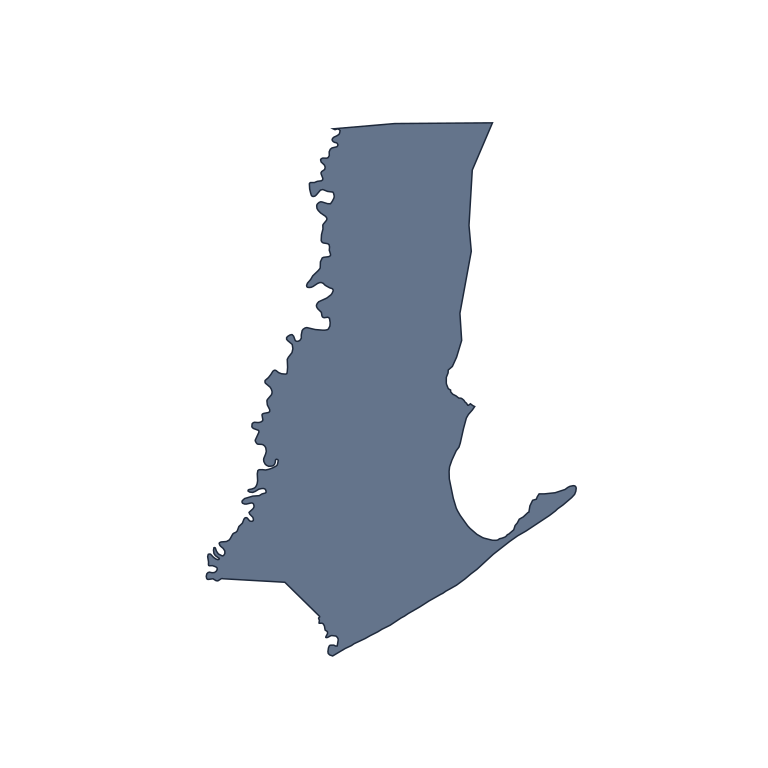 outline of Trujillo, Colón, Honduras, rotated 134°
{"feature_id": "27666195B42436933929514", "entity_name": "Trujillo", "entity_type": "district", "adm_level": 2, "iso_a3": "HND", "parent_name": "Honduras", "parent_adm1": "Colón", "projection": "albers", "projection_center": [-85.893, 15.828], "detail": "fine", "context": "isolated", "style": "filled", "palette": "slate", "viewbox_px": 768, "rotation_deg": 134, "n_neighbors": 0, "source": "geoboundaries", "source_scale": "gbopen_adm2", "svg_char_len": 6171}
<svg xmlns="http://www.w3.org/2000/svg" viewBox="0 0 768 768"><g transform="rotate(134 384 384)"><path d="M615.3,232.0L601.3,228.2L594.7,225.7L591.6,225.1L580.1,220.7L574.6,219.1L566.6,216.3L561.8,215.1L553.2,212.0L540.4,209.2L536.7,208.0L532.3,207.1L519.4,203.4L508.8,200.9L495.9,197.1L493.8,196.3L490.1,195.6L478.4,192.1L467.7,190.3L460.4,189.6L452.8,188.4L430.6,187.1L409.9,184.2L400.4,182.4L391.1,179.7L363.5,173.6L356.2,172.5L353.2,172.4L346.7,171.2L335.4,170.1L331.0,170.2L327.9,171.5L325.5,173.3L324.8,174.3L324.7,175.9L325.6,177.2L328.5,179.2L330.9,180.0L334.1,180.5L343.4,185.4L351.6,192.3L355.3,196.1L358.7,195.4L361.0,194.4L364.4,196.3L370.3,194.4L375.5,190.8L376.6,191.2L382.9,191.5L387.3,192.8L391.3,191.6L394.7,191.4L398.8,189.4L405.3,190.0L406.7,190.6L408.3,190.4L409.9,190.6L412.9,192.0L415.0,193.4L417.2,193.8L418.6,194.8L421.1,197.5L425.4,205.0L426.0,206.4L427.6,212.7L428.1,221.8L427.9,225.3L426.8,231.4L425.6,237.9L424.2,242.8L423.1,245.8L418.0,254.9L406.9,271.1L401.6,276.5L398.0,279.3L391.5,282.3L381.8,285.7L377.4,286.2L373.5,288.1L360.9,295.8L351.3,301.1L347.3,302.1L341.2,302.4L337.2,303.1L337.8,304.9L338.2,308.1L340.7,308.5L341.1,309.0L340.5,311.4L340.7,312.9L340.2,315.4L340.4,317.7L340.7,318.7L342.2,320.5L342.5,323.9L343.6,327.5L343.3,330.6L342.1,331.9L342.7,334.5L340.9,338.6L340.1,339.8L335.9,343.8L331.5,345.6L329.3,347.5L323.9,347.0L314.3,350.4L298.7,358.4L280.4,378.5L227.9,413.4L210.9,433.0L168.8,469.1L120.8,487.4L189.2,557.2L235.8,597.9L235.1,595.9L233.0,594.8L232.5,594.1L232.1,592.7L232.2,591.6L234.4,590.2L235.8,589.8L238.4,590.4L241.2,591.5L243.0,591.6L244.2,591.1L244.8,590.2L244.9,588.9L244.6,587.5L243.5,585.7L243.4,584.7L243.9,583.4L244.8,582.8L246.1,582.7L250.3,585.4L252.5,585.7L255.1,584.7L257.7,582.0L260.1,581.5L261.5,582.2L264.0,585.0L265.2,585.5L266.4,585.6L267.2,584.8L268.0,583.3L267.9,579.1L268.8,577.0L270.9,575.7L274.5,576.4L275.9,576.0L276.6,575.1L278.6,570.8L279.7,570.0L281.3,570.2L284.6,572.8L287.4,574.0L290.1,576.8L291.1,577.0L291.8,576.8L295.4,572.9L297.7,569.3L298.8,567.2L298.8,565.9L298.0,564.9L296.8,564.2L295.0,564.0L288.7,564.4L286.6,563.1L284.7,558.4L281.5,554.1L281.8,552.9L283.0,550.9L284.1,549.7L285.6,549.0L288.7,548.1L291.5,547.7L293.5,549.9L296.1,555.1L297.0,556.2L298.4,556.8L300.4,557.0L301.6,556.8L302.7,556.1L304.3,554.1L304.9,551.8L305.0,548.3L304.0,542.4L304.4,540.4L305.1,539.6L306.2,539.1L311.1,538.7L312.2,538.4L314.9,535.6L320.0,532.7L324.4,528.9L325.0,527.6L324.8,525.8L322.2,522.0L321.9,520.4L323.2,518.4L325.8,516.3L327.8,512.6L328.7,511.8L329.5,511.8L330.9,512.3L334.9,515.5L336.2,516.0L340.3,514.6L344.6,510.7L345.5,510.3L348.0,510.1L355.7,510.4L359.7,509.4L364.7,509.1L366.8,508.2L367.6,507.1L367.5,506.1L366.6,504.9L365.1,503.6L363.2,502.8L357.7,501.6L355.6,500.6L354.5,499.5L353.8,497.6L353.9,495.3L353.6,493.7L352.6,490.0L351.4,487.5L351.4,486.7L351.9,485.6L352.5,485.2L355.0,484.3L356.7,484.1L362.0,484.9L370.1,488.1L372.4,488.0L374.3,487.3L375.3,486.1L375.9,484.1L376.0,478.8L378.1,476.0L378.5,474.8L378.3,473.8L377.8,473.0L375.0,470.8L374.6,468.9L377.3,465.3L380.0,463.1L383.3,462.2L384.5,462.6L386.2,463.8L387.7,465.3L392.6,471.3L397.0,478.7L398.5,479.7L400.7,480.2L402.4,480.0L406.2,477.6L408.5,475.3L411.1,474.8L413.0,475.5L414.1,476.7L414.4,478.0L412.4,482.2L412.3,484.3L412.8,484.9L414.1,485.7L416.9,486.4L418.4,486.2L419.5,485.1L419.7,483.5L419.3,477.5L421.9,474.1L425.3,472.0L431.1,471.4L433.5,470.7L439.0,464.9L442.3,462.2L444.0,461.1L445.2,461.6L447.8,464.8L449.0,467.7L449.3,470.9L449.7,471.9L450.4,472.5L452.0,472.8L455.7,472.0L459.8,471.6L464.0,472.0L465.3,471.0L465.8,469.9L465.4,463.7L466.0,461.5L467.1,459.4L468.4,458.2L469.9,457.5L476.2,457.1L477.4,456.6L480.1,453.4L481.8,448.5L482.9,447.3L483.8,447.1L484.9,447.4L488.7,450.1L490.0,450.6L491.0,450.3L493.9,446.3L494.8,445.8L496.6,446.1L497.8,446.7L499.2,447.8L501.5,450.6L502.7,451.2L504.3,451.2L506.5,449.4L506.8,448.5L506.7,447.0L504.6,442.2L504.8,441.3L505.6,440.5L513.9,437.6L514.5,436.8L515.0,435.3L515.2,433.9L514.9,432.9L512.3,429.9L511.7,428.7L511.5,426.8L512.0,424.8L514.2,421.9L516.7,420.5L521.0,418.8L522.1,418.0L523.3,416.5L524.2,413.7L524.1,412.0L523.3,409.7L520.5,407.3L519.1,406.9L517.7,407.0L516.1,407.7L514.0,409.3L513.3,409.3L512.7,409.0L512.2,407.9L512.5,406.9L515.5,405.0L516.8,404.5L518.4,404.7L521.6,405.8L525.2,407.5L528.1,409.4L530.1,412.0L532.4,414.3L533.9,414.6L536.6,412.8L541.4,407.7L543.7,406.1L545.2,405.4L547.0,404.9L548.7,404.9L551.3,406.1L553.7,407.8L554.7,408.0L555.4,407.5L555.1,405.6L553.2,403.1L550.7,402.0L546.7,401.0L544.1,399.3L542.9,398.1L542.3,397.0L542.3,395.8L543.0,394.4L544.1,393.5L545.0,393.7L547.8,395.4L551.0,396.2L555.8,400.5L563.2,404.7L566.3,404.9L567.3,404.4L567.8,403.7L568.0,402.9L567.2,400.9L566.0,399.6L561.7,396.8L561.0,395.7L560.9,394.7L562.0,392.7L563.3,391.9L564.7,391.6L570.1,391.9L570.9,390.2L571.0,385.8L571.9,384.1L573.0,383.2L574.3,383.4L575.4,384.6L575.8,385.7L575.4,389.3L575.9,390.4L576.9,391.0L578.4,390.9L582.5,389.2L587.3,389.4L591.7,387.5L593.9,387.6L595.2,388.3L596.9,388.6L602.0,387.2L603.8,387.0L606.7,387.9L610.8,391.5L612.5,392.1L613.3,391.7L614.1,389.9L614.2,388.6L614.0,385.4L614.7,382.5L616.4,380.8L617.7,380.4L619.0,380.3L620.0,380.9L621.3,385.1L620.6,388.5L619.1,391.4L619.3,392.2L619.9,392.6L622.0,391.2L624.1,388.5L624.6,386.0L623.9,381.3L624.8,380.9L625.8,381.5L626.6,383.1L627.1,386.2L626.9,390.6L627.8,391.7L628.7,392.1L630.7,390.9L633.9,386.6L635.8,384.9L636.3,384.1L636.0,383.3L633.8,381.2L632.4,378.0L632.3,376.3L632.9,375.3L635.2,374.6L637.4,375.0L639.2,376.6L640.6,378.9L641.9,379.6L643.6,379.6L645.8,378.3L647.0,376.6L647.2,375.4L646.5,374.5L642.9,371.7L642.2,368.3L641.6,367.4L640.9,366.7L637.5,365.9L636.4,365.4L636.1,364.7L595.5,317.6L595.9,268.8L596.4,268.4L597.7,268.5L598.2,268.0L598.7,266.5L601.1,264.7L601.1,264.4L599.1,262.4L598.8,261.2L599.4,258.9L601.9,255.4L601.5,253.2L601.6,252.4L602.9,251.2L606.1,250.3L606.7,249.8L606.3,249.1L605.4,248.5L602.0,247.4L601.2,246.8L598.7,243.5L598.7,241.5L599.2,240.0L600.0,239.1L604.9,235.7L606.1,236.7L606.7,238.7L609.3,241.3L610.5,241.4L612.5,240.6L615.5,238.4L616.6,236.9L616.6,234.8L615.3,232.0Z" fill="#64748b" stroke="#1e293b" stroke-width="1.5"/></g></svg>